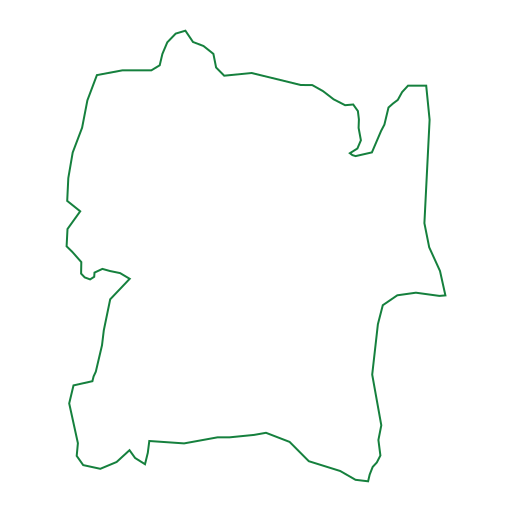 the border of Pŏḷŏnnaruva
{"feature_id": "LKA-2453", "entity_name": "Pŏḷŏnnaruva", "entity_type": "District", "adm_level": 1, "iso_a3": "LKA", "parent_name": "Sri Lanka", "parent_adm1": "", "projection": "mercator", "projection_center": [81.021, 7.997], "detail": "fine", "context": "isolated", "style": "outline", "palette": "green", "viewbox_px": 512, "rotation_deg": 0, "n_neighbors": 0, "source": "natural_earth", "source_scale": "10m", "svg_char_len": 1315}
<svg xmlns="http://www.w3.org/2000/svg" viewBox="0 0 512 512"><path d="M90.1,279.4L84.7,277.4L81.1,273.6L81.3,262.1L72.3,251.9L66.6,246.3L67.5,229.0L80.2,211.3L67.2,200.9L68.3,178.1L72.7,152.5L82.1,127.7L87.4,100.3L96.9,75.1L122.6,70.3L151.4,70.3L159.7,65.3L162.4,53.9L167.3,42.3L175.7,33.6L185.4,30.7L193.0,42.0L203.5,46.0L213.4,53.9L216.1,67.5L224.2,75.7L251.6,73.0L300.7,85.0L312.3,85.1L323.1,91.2L333.6,99.3L345.1,105.2L353.2,104.5L357.9,111.1L358.9,119.4L358.6,127.9L360.9,140.3L357.4,148.5L349.9,153.2L352.4,155.1L355.6,156.1L371.9,152.4L381.1,130.9L384.4,124.6L388.5,107.5L392.9,103.6L397.8,99.9L402.1,92.1L408.0,85.7L416.1,85.7L426.2,85.7L429.6,119.8L424.4,223.2L429.2,247.3L440.0,271.0L445.4,295.4L439.4,295.9L415.9,292.7L397.3,295.3L382.8,305.2L377.9,324.2L372.2,374.6L381.3,425.3L378.4,440.0L380.4,455.5L376.8,462.5L372.7,466.9L369.7,474.5L368.1,481.3L355.5,479.8L340.2,471.0L308.8,461.2L289.6,441.9L266.0,432.8L254.1,434.9L229.9,437.3L217.7,437.3L184.1,443.4L149.3,441.0L147.8,452.8L145.0,464.2L135.1,458.0L129.5,450.2L116.6,462.0L100.3,468.8L83.2,465.1L76.7,455.9L77.9,443.2L69.2,403.4L73.5,385.4L92.4,381.2L93.6,376.4L95.8,371.7L102.0,345.3L103.8,330.3L110.2,299.3L129.7,278.8L120.1,273.1L109.9,271.0L102.4,268.9L94.5,272.6L94.2,276.8L90.1,279.4Z" fill="none" stroke="#15803d" stroke-width="2"/></svg>